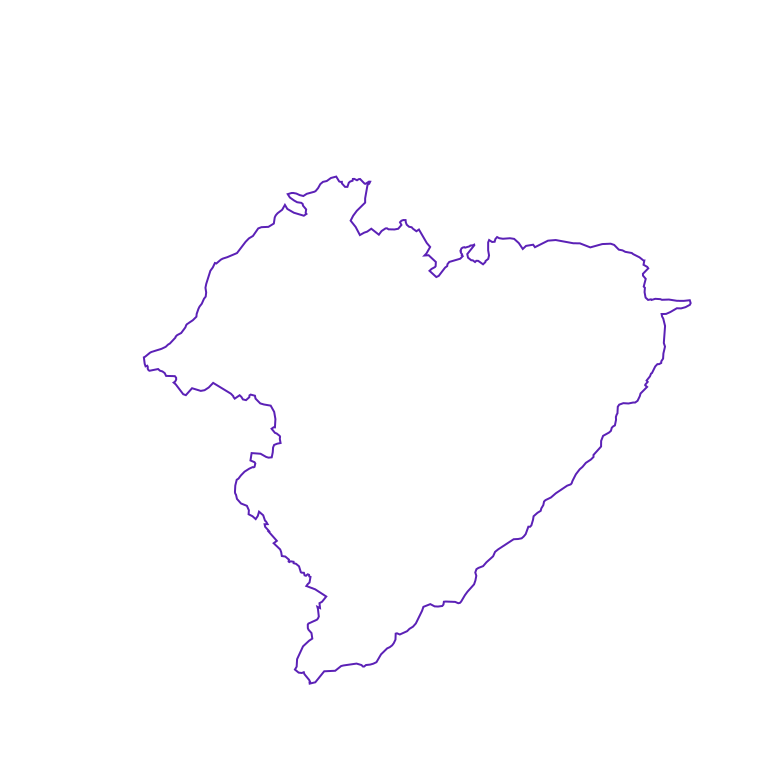 outline of Rebra, Bistrita-Nasaud, Romania, rotated 223°
{"feature_id": "2599482B64349342212864", "entity_name": "Rebra", "entity_type": "district", "adm_level": 2, "iso_a3": "ROU", "parent_name": "Romania", "parent_adm1": "Bistrita-Nasaud", "projection": "robinson", "projection_center": [24.525, 47.344], "detail": "fine", "context": "isolated", "style": "outline", "palette": "violet", "viewbox_px": 768, "rotation_deg": 223, "n_neighbors": 0, "source": "geoboundaries", "source_scale": "gbopen_adm2", "svg_char_len": 6154}
<svg xmlns="http://www.w3.org/2000/svg" viewBox="0 0 768 768"><g transform="rotate(223 384 384)"><path d="M570.4,234.3L569.6,235.9L568.4,235.4L567.2,234.0L565.5,233.5L564.5,233.8L559.4,240.9L557.0,240.9L554.6,242.1L551.8,242.4L548.9,241.3L542.3,247.1L540.3,246.8L539.0,245.5L538.4,243.2L538.8,241.6L536.1,241.7L523.9,239.6L521.3,240.7L521.5,250.0L513.3,254.0L511.0,257.1L509.8,261.9L509.7,268.3L489.3,272.5L485.9,272.3L485.1,271.8L483.2,271.5L481.9,277.3L479.5,277.3L476.7,276.5L473.9,278.1L473.5,282.5L474.6,283.9L474.3,285.3L470.4,287.4L468.0,285.7L461.3,285.4L457.9,287.1L452.1,290.9L445.3,288.7L439.5,284.3L434.2,277.9L435.2,277.1L435.7,274.6L430.4,273.9L428.8,274.6L424.9,274.9L424.0,274.5L422.8,272.8L419.4,270.3L421.4,267.5L422.8,264.5L421.8,261.9L418.8,258.2L416.1,253.8L418.2,251.4L420.4,250.3L426.7,248.8L433.7,243.2L429.5,237.0L425.4,238.5L423.9,238.1L422.2,235.1L422.5,234.2L423.4,233.6L424.8,230.2L426.2,224.8L426.3,219.5L425.9,215.5L426.4,213.5L423.5,208.3L419.3,203.3L418.2,202.5L416.6,202.0L413.2,199.7L407.1,199.1L401.2,201.4L396.7,199.5L394.2,196.4L390.0,197.6L385.7,197.7L386.3,201.4L388.3,205.4L382.8,205.6L377.8,202.9L376.5,203.0L373.6,202.1L375.7,200.0L373.5,198.5L367.7,198.0L368.0,197.4L355.4,196.2L356.1,192.3L347.1,192.2L344.5,190.9L341.4,188.5L338.5,190.5L333.7,190.7L332.7,189.1L331.8,189.2L331.3,190.7L328.9,192.3L327.9,191.3L325.7,192.5L321.8,192.7L316.6,189.7L315.8,189.7L313.8,191.3L311.6,189.9L310.3,190.5L310.0,192.8L308.7,193.3L307.4,192.3L306.2,192.8L303.1,188.0L303.3,185.6L303.0,183.3L294.3,186.9L281.3,189.2L280.8,182.5L281.7,179.7L278.0,176.5L280.8,175.6L279.0,174.5L273.1,169.5L272.4,167.5L272.3,165.9L275.9,157.2L275.6,156.0L273.2,153.5L271.6,152.8L267.2,152.4L262.8,148.9L263.7,145.2L264.3,136.9L259.9,123.5L255.1,117.7L254.4,114.4L249.6,114.7L247.0,116.6L246.1,118.5L244.3,117.5L236.8,116.5L235.0,115.8L235.1,115.1L234.0,114.2L230.8,119.0L231.8,133.1L224.1,141.0L223.0,148.5L221.7,150.5L213.4,160.8L208.8,163.1L206.8,163.0L205.9,163.7L205.5,166.2L202.8,169.3L201.1,172.1L199.8,175.4L201.8,184.3L201.4,192.8L200.3,195.5L199.8,198.4L200.1,201.1L201.3,204.9L205.2,209.4L204.5,210.5L201.6,211.6L198.5,219.0L198.4,222.3L197.3,226.3L197.4,230.6L201.5,244.1L203.2,247.9L200.0,254.6L195.3,255.9L192.7,258.1L190.0,261.4L190.1,263.2L191.7,265.6L190.5,267.0L183.3,273.2L180.2,274.3L179.2,275.7L179.2,277.5L180.8,284.8L181.3,289.0L181.5,298.9L183.2,302.7L185.7,306.7L188.7,308.4L190.1,311.6L189.5,313.9L187.3,318.4L187.5,323.5L186.7,332.4L188.3,337.0L187.7,341.1L183.3,358.9L180.2,362.1L178.1,365.0L177.8,367.7L178.0,370.8L181.1,378.1L179.8,379.2L179.8,381.1L182.4,386.3L184.4,389.3L183.9,394.5L182.9,398.1L184.1,400.3L184.9,404.1L186.8,407.2L186.7,409.2L184.5,414.9L183.8,421.3L180.7,434.6L179.0,437.9L179.0,439.2L180.1,441.8L182.1,448.8L182.7,455.1L182.3,458.7L182.6,464.0L181.2,469.7L181.0,473.5L182.4,475.0L182.6,486.3L186.4,490.5L188.4,495.5L186.3,502.0L186.1,504.5L187.6,507.4L187.5,509.3L186.9,511.2L189.9,516.1L191.9,518.0L193.0,520.4L193.2,521.7L197.5,526.8L197.9,529.3L195.9,533.2L191.9,536.5L189.2,540.3L187.7,541.7L187.1,544.6L188.6,549.5L189.9,552.0L189.6,561.3L192.1,561.2L192.5,561.8L192.6,565.4L194.3,565.6L194.7,571.0L195.8,573.7L195.5,574.8L197.6,581.8L197.6,585.0L196.4,586.1L195.6,588.4L196.7,589.8L197.2,592.9L200.5,596.9L204.0,603.0L207.3,604.8L218.0,618.1L224.4,622.3L226.6,623.0L228.7,624.5L225.5,627.6L223.7,631.8L221.5,639.1L218.3,641.9L215.9,645.8L214.3,650.5L214.9,652.3L217.5,653.8L221.4,649.3L226.4,644.7L233.2,640.1L238.2,635.1L239.8,634.5L243.7,631.3L245.7,627.9L246.5,628.0L248.2,625.6L251.6,625.6L252.6,626.3L256.1,628.9L258.8,632.3L260.5,632.4L264.3,639.4L268.5,639.9L269.8,641.2L269.6,648.8L271.3,649.2L275.5,648.2L277.8,651.8L278.2,651.3L283.5,650.9L290.4,648.9L292.1,648.8L297.7,645.2L300.7,644.4L303.9,642.4L310.5,642.7L313.9,641.2L319.8,635.2L326.3,624.6L336.6,620.5L341.6,616.0L356.6,606.4L361.8,600.7L366.9,587.0L369.9,587.6L374.3,581.9L374.6,577.4L381.5,579.0L387.8,578.9L391.3,576.5L396.1,571.3L399.2,569.2L401.5,568.6L401.4,566.0L400.1,563.5L401.8,561.6L405.3,561.0L404.4,558.6L399.0,552.8L394.9,549.7L393.1,546.6L393.6,543.2L393.0,542.2L393.2,539.1L399.1,538.3L400.5,537.1L400.6,535.3L403.4,535.0L404.6,534.0L408.7,533.7L411.7,535.8L412.6,547.1L413.1,547.4L413.5,546.2L415.3,544.1L415.3,543.1L417.7,539.0L418.5,538.9L419.4,537.6L419.8,536.0L418.9,533.5L418.3,533.6L417.5,532.5L415.3,532.1L415.0,531.2L413.6,531.2L413.7,527.6L419.5,517.8L419.3,514.9L418.2,513.3L418.7,510.8L417.7,500.4L418.7,497.9L427.9,497.8L427.7,500.6L426.5,504.2L426.6,505.4L429.3,508.6L439.2,508.6L442.0,505.6L442.0,508.5L443.7,515.7L448.9,516.3L463.8,520.8L464.5,517.8L468.8,517.3L470.7,517.5L472.9,516.1L476.0,516.0L478.3,517.1L480.0,518.6L481.7,517.1L482.6,515.3L482.6,513.2L479.7,512.2L479.5,507.2L481.7,504.2L486.2,500.2L488.0,499.9L489.0,498.8L490.1,494.2L489.6,489.7L499.2,488.9L500.2,484.0L501.7,481.2L503.2,476.5L511.8,479.5L519.8,480.7L521.3,486.0L522.0,492.1L521.5,503.8L524.4,506.9L531.6,518.0L531.9,519.5L531.4,520.3L532.1,522.5L533.0,521.8L534.0,517.9L534.8,517.3L541.3,517.6L542.2,516.5L542.7,514.6L545.7,513.7L546.6,512.7L545.6,511.2L546.8,509.1L547.0,507.2L545.2,503.2L546.9,501.6L551.6,502.0L552.7,503.1L553.7,502.1L555.0,501.6L560.4,503.1L563.3,498.5L564.3,493.4L566.5,490.2L566.9,486.7L565.8,482.3L565.6,478.5L566.0,477.2L570.2,470.4L571.2,466.5L574.4,464.7L578.0,463.5L580.7,461.8L581.9,460.6L583.9,457.2L580.0,456.2L574.8,456.9L571.5,457.7L568.0,460.1L566.2,460.2L564.9,459.2L560.0,458.6L558.0,455.7L556.7,455.5L557.4,452.4L566.7,447.8L574.1,446.1L578.6,447.4L577.3,442.0L578.3,436.3L578.2,433.5L577.5,431.3L574.0,426.2L575.7,420.1L580.6,415.1L582.1,412.0L580.8,402.9L582.1,398.4L582.2,393.6L580.8,379.5L585.1,369.9L587.4,365.8L588.1,363.8L588.8,357.8L590.2,357.2L588.7,352.5L588.2,348.4L582.3,336.0L580.2,332.6L576.5,329.7L574.0,326.3L573.8,323.6L572.0,318.4L571.7,314.8L571.0,312.5L568.8,307.5L567.1,305.3L567.3,300.3L568.9,293.4L568.8,292.1L567.9,290.0L567.1,283.0L568.6,278.7L568.7,276.6L568.2,275.8L568.2,267.6L568.8,265.6L569.0,262.3L570.7,258.0L575.9,248.9L576.5,247.2L577.3,241.1L577.8,239.7L572.7,235.5L570.4,234.3Z" fill="none" stroke="#5b21b6" stroke-width="2"/></g></svg>